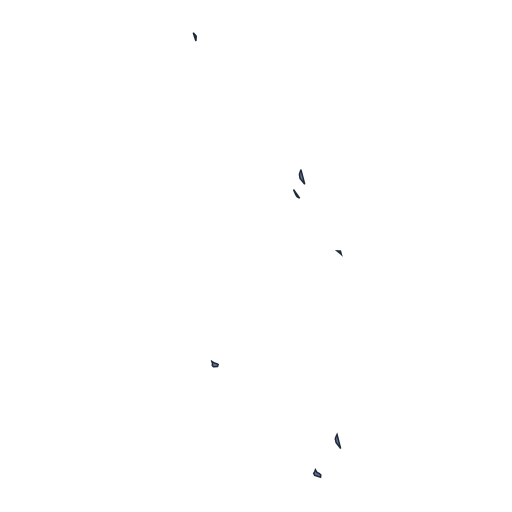 SVG path tracing the border of Meemu, rotated 314°
{"feature_id": "MDV-5236", "entity_name": "Meemu", "entity_type": "Atoll", "adm_level": 1, "iso_a3": "MDV", "parent_name": "Maldives", "parent_adm1": "", "projection": "equal_earth", "projection_center": [73.465, 2.939], "detail": "fine", "context": "isolated", "style": "filled", "palette": "slate", "viewbox_px": 512, "rotation_deg": 314, "n_neighbors": 0, "source": "natural_earth", "source_scale": "10m", "svg_char_len": 749}
<svg xmlns="http://www.w3.org/2000/svg" viewBox="0 0 512 512"><g transform="rotate(314 256 256)"><path d="M349.0,228.7L349.0,228.8L341.5,241.2L342.4,233.8L344.9,230.5L347.5,229.2L349.0,228.7ZM183.9,438.3L176.3,450.6L177.4,443.3L179.6,440.0L182.3,438.8L183.9,438.3ZM143.5,447.2L142.7,450.2L143.5,452.7L143.5,454.7L141.7,456.1L139.0,450.6L139.7,448.5L141.7,448.1L143.5,447.2ZM149.5,297.5L150.1,300.3L151.2,302.5L151.7,304.1L150.0,305.0L149.8,305.1L146.8,302.4L146.8,300.7L148.4,299.4L149.5,297.5ZM373.0,55.8L372.6,60.3L368.9,63.4L373.0,55.8ZM329.8,236.9L329.8,237.1L327.9,247.2L327.2,244.4L327.7,242.1L329.8,236.9ZM316.0,310.8L317.4,312.4L318.2,313.3L316.4,316.3L316.4,315.6L316.0,310.8Z" fill="#64748b" stroke="#1e293b" stroke-width="1.5"/></g></svg>